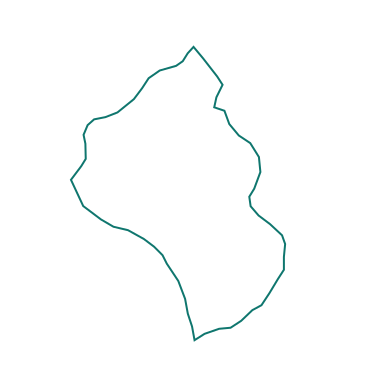 Tumpat, Kelantan, Malaysia, rotated 217°
{"feature_id": "92858781B54418175160244", "entity_name": "Tumpat", "entity_type": "district", "adm_level": 2, "iso_a3": "MYS", "parent_name": "Malaysia", "parent_adm1": "Kelantan", "projection": "albers", "projection_center": [102.164, 6.167], "detail": "fine", "context": "isolated", "style": "outline", "palette": "teal", "viewbox_px": 384, "rotation_deg": 217, "n_neighbors": 0, "source": "geoboundaries", "source_scale": "gbopen_adm2", "svg_char_len": 880}
<svg xmlns="http://www.w3.org/2000/svg" viewBox="0 0 384 384"><g transform="rotate(217 192 192)"><path d="M296.0,128.9L270.4,115.3L248.2,115.3L233.8,117.0L220.1,123.0L202.2,125.5L189.4,125.5L177.5,123.8L169.0,119.6L149.4,112.7L133.2,102.5L122.1,92.3L111.0,84.6L100.8,75.2L96.6,86.3L88.0,99.1L79.5,106.8L75.2,118.7L72.7,134.0L68.4,143.4L69.3,157.9L71.0,174.1L71.8,185.2L79.5,195.4L86.3,206.5L91.0,209.6L94.0,211.6L110.2,213.3L124.7,213.3L136.6,215.9L143.4,222.7L144.3,232.1L149.4,249.1L159.6,260.2L174.9,266.1L188.6,265.3L203.1,268.7L215.0,276.4L225.2,273.0L229.5,282.3L232.1,296.0L241.4,299.4L263.6,305.4L278.1,308.8L278.2,307.7L278.9,300.2L278.1,290.9L280.6,283.2L290.9,269.6L295.1,256.8L294.3,244.8L294.3,231.2L299.4,210.7L306.2,199.7L313.9,191.1L315.6,182.6L313.0,172.4L306.2,166.4L296.8,154.5L296.0,146.0L296.0,128.9Z" fill="none" stroke="#0f766e" stroke-width="2"/></g></svg>